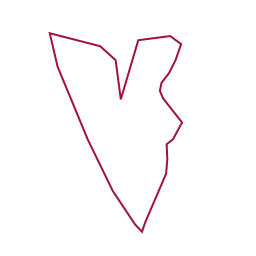 SVG path tracing the border of Basel-Stadt, rotated 262°
{"feature_id": "CHE-3425", "entity_name": "Basel-Stadt", "entity_type": "Canton", "adm_level": 1, "iso_a3": "CHE", "parent_name": "Switzerland", "parent_adm1": "", "projection": "natural_earth1", "projection_center": [7.602, 47.563], "detail": "fine", "context": "isolated", "style": "outline", "palette": "rose", "viewbox_px": 256, "rotation_deg": 262, "n_neighbors": 0, "source": "natural_earth", "source_scale": "10m", "svg_char_len": 467}
<svg xmlns="http://www.w3.org/2000/svg" viewBox="0 0 256 256"><g transform="rotate(262 128 128)"><path d="M232.7,63.7L212.9,111.8L196.9,125.2L161.3,124.9L157.4,124.9L213.5,150.4L213.2,182.5L203.7,192.3L188.4,184.4L176.7,176.3L168.1,167.5L160.4,164.7L152.4,166.9L125.9,182.3L110.7,171.1L106.5,164.0L91.7,162.6L77.5,159.4L31.8,131.7L23.3,127.4L31.5,121.6L67.7,104.2L120.8,87.0L121.6,86.7L198.6,66.8L232.7,63.7Z" fill="none" stroke="#9f1239" stroke-width="2"/></g></svg>